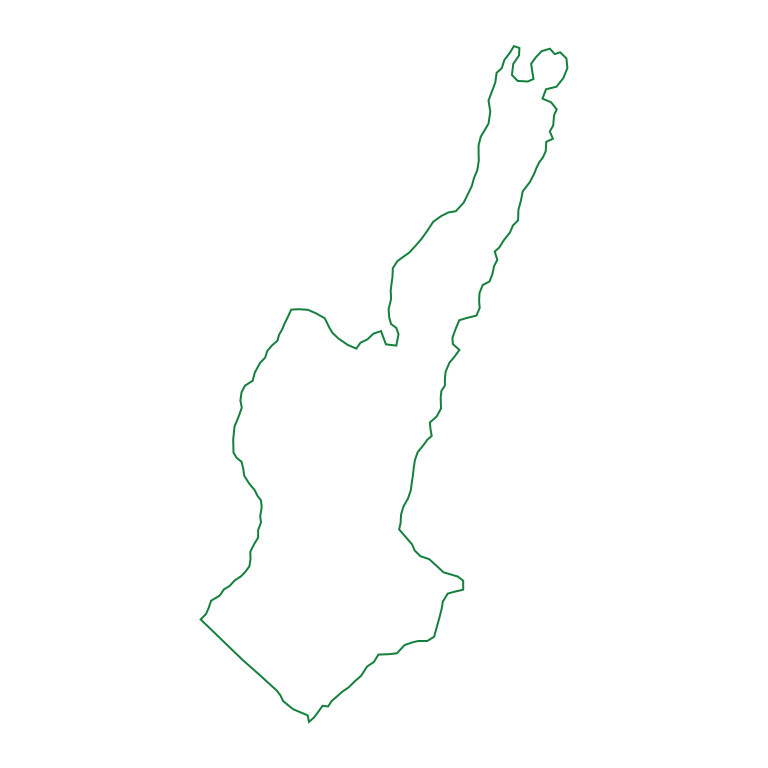 Osvaldo Cruz, São Paulo, Brazil (orthographic projection)
{"feature_id": "56859067B7933036647015", "entity_name": "Osvaldo Cruz", "entity_type": "district", "adm_level": 2, "iso_a3": "BRA", "parent_name": "Brazil", "parent_adm1": "São Paulo", "projection": "orthographic", "projection_center": [-50.856, -21.706], "detail": "fine", "context": "isolated", "style": "outline", "palette": "green", "viewbox_px": 768, "rotation_deg": 0, "n_neighbors": 0, "source": "geoboundaries", "source_scale": "gbopen_adm2", "svg_char_len": 2860}
<svg xmlns="http://www.w3.org/2000/svg" viewBox="0 0 768 768"><path d="M495.3,82.5L488.5,100.6L490.3,111.5L488.5,123.7L480.7,136.8L478.6,145.5L478.6,154.5L478.8,160.5L477.3,170.2L474.0,178.0L471.9,185.8L469.0,191.8L463.8,202.5L455.8,211.2L448.2,212.5L441.1,216.1L433.2,221.8L427.5,230.5L421.5,238.9L415.6,245.7L409.1,252.7L403.6,256.6L397.3,261.2L392.8,268.3L392.5,277.0L391.6,283.0L390.7,290.6L391.1,298.9L388.6,309.3L389.2,317.3L391.1,324.1L396.3,327.9L398.5,334.3L396.3,345.6L385.9,344.3L381.0,331.1L373.3,333.7L367.4,339.4L360.5,342.7L356.3,348.6L347.9,345.0L338.5,338.6L332.6,333.0L329.5,327.9L324.7,318.2L316.1,313.4L307.9,309.8L298.9,309.2L291.2,309.6L287.4,317.9L284.6,323.5L282.2,329.3L279.0,334.9L277.5,340.6L271.4,346.0L267.3,350.9L265.2,357.6L260.1,362.8L254.9,372.4L252.6,380.8L245.0,385.6L241.5,392.4L240.4,400.5L241.8,407.6L238.7,416.4L234.5,426.6L233.2,439.5L233.5,452.7L236.8,458.0L241.5,461.7L243.3,469.1L244.3,475.9L249.3,483.7L254.7,490.1L257.5,495.9L261.0,500.4L261.7,507.2L260.2,516.3L261.0,522.4L258.1,530.2L258.1,537.6L254.4,543.7L250.3,551.7L250.5,558.9L249.4,566.3L245.1,572.1L241.1,576.2L234.6,580.5L229.6,586.0L223.9,589.4L219.7,595.6L211.1,600.7L208.6,608.1L206.0,614.0L200.6,619.4L242.8,660.1L259.9,675.2L277.0,690.8L280.5,695.5L283.0,700.9L288.6,705.6L293.5,709.4L300.2,712.2L307.6,715.3L309.0,721.9L314.1,717.4L318.9,711.0L322.5,705.8L328.1,706.5L331.7,700.9L336.9,696.5L342.0,691.9L348.5,687.5L354.8,681.3L361.1,675.8L367.1,666.5L373.9,662.0L378.4,654.6L388.6,654.2L396.9,653.3L404.5,645.1L412.3,642.4L418.0,641.0L427.2,641.0L434.1,636.8L436.6,627.8L439.1,618.8L441.6,609.1L442.8,601.7L447.7,593.6L455.0,591.6L463.2,589.7L463.2,580.7L457.7,576.5L450.3,574.3L443.5,572.3L436.6,565.9L429.3,559.2L420.4,556.2L414.6,550.4L412.2,544.6L405.4,536.6L399.1,529.4L400.6,523.0L401.1,514.3L403.6,506.2L408.0,498.5L410.8,490.3L411.6,483.9L412.8,476.3L413.7,468.2L414.9,460.2L417.7,452.1L422.8,446.0L427.3,439.8L431.7,435.9L430.5,429.2L429.9,422.4L436.6,416.6L441.0,408.5L440.7,397.5L441.4,390.8L444.9,385.7L444.9,379.1L445.6,371.7L449.4,362.8L454.5,356.7L459.4,349.9L452.9,344.1L452.4,337.9L455.4,329.5L459.3,320.2L467.4,317.8L476.4,315.6L479.7,307.9L479.1,301.1L479.5,293.1L482.7,285.0L489.5,281.5L492.3,274.4L494.1,266.0L497.3,259.9L494.7,251.5L499.2,247.6L503.4,240.8L510.0,232.4L513.0,225.4L518.1,220.2L518.4,209.9L520.8,201.1L522.8,191.2L529.8,182.2L534.3,173.5L536.4,168.0L539.3,162.2L542.9,157.4L545.7,151.3L546.3,141.8L552.9,138.7L549.8,131.5L553.2,125.5L554.1,115.1L556.7,109.3L551.1,102.3L542.5,98.6L546.0,89.3L556.5,86.7L563.4,78.0L567.4,68.0L566.4,58.4L560.2,52.3L554.8,54.1L549.9,48.7L541.6,51.2L535.6,57.6L531.1,63.8L532.2,71.0L533.5,79.0L527.7,81.5L517.6,80.9L511.9,74.9L513.3,63.8L519.0,55.5L519.4,48.0L513.9,46.1L509.7,53.1L504.4,59.9L501.7,68.3L496.6,72.8L495.3,82.5Z" fill="none" stroke="#15803d" stroke-width="2"/></svg>